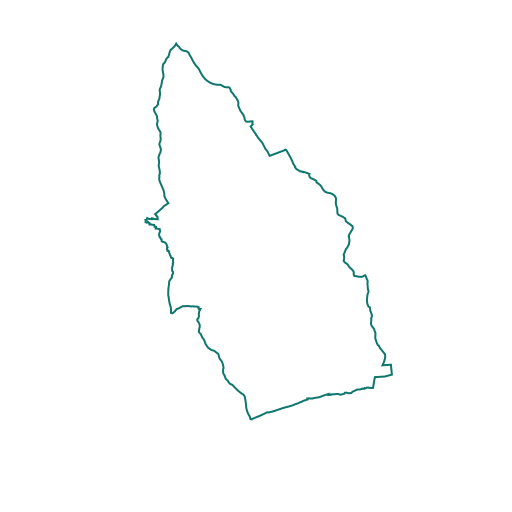 Plopana, Bacau, Romania (Albers equal-area conic projection), rotated 30°
{"feature_id": "2599482B77085245724303", "entity_name": "Plopana", "entity_type": "district", "adm_level": 2, "iso_a3": "ROU", "parent_name": "Romania", "parent_adm1": "Bacau", "projection": "albers", "projection_center": [27.232, 46.669], "detail": "fine", "context": "isolated", "style": "outline", "palette": "teal", "viewbox_px": 512, "rotation_deg": 30, "n_neighbors": 0, "source": "geoboundaries", "source_scale": "gbopen_adm2", "svg_char_len": 6119}
<svg xmlns="http://www.w3.org/2000/svg" viewBox="0 0 512 512"><g transform="rotate(30 256 256)"><path d="M394.8,260.2L391.2,258.7L390.1,257.9L389.1,256.6L387.9,253.8L386.9,252.4L386.7,250.8L385.9,249.2L384.0,247.5L382.5,246.4L381.0,244.4L380.1,243.5L378.7,243.5L376.4,241.8L374.4,239.3L372.6,235.5L371.8,233.4L371.3,230.7L371.0,230.2L370.1,229.4L368.7,227.7L367.3,225.5L366.4,224.5L365.8,222.8L364.6,221.2L363.5,220.6L361.7,219.0L360.2,218.1L359.7,218.5L358.8,220.4L357.9,221.2L355.1,222.7L352.4,223.5L351.3,224.2L349.7,223.0L348.8,221.1L348.0,220.5L345.9,219.7L342.8,219.1L339.2,217.4L336.4,217.2L334.9,216.7L334.2,216.2L333.9,214.8L333.4,213.7L332.0,211.7L331.2,211.0L331.2,210.2L330.4,205.0L330.8,203.4L330.6,199.3L329.7,197.3L329.7,196.8L329.2,195.9L326.9,192.8L326.3,192.5L326.3,191.7L326.0,190.8L326.1,184.1L325.8,183.4L325.3,182.6L324.7,182.0L324.4,181.8L323.6,181.9L322.6,181.6L318.5,181.3L316.3,180.9L314.8,179.1L314.2,178.8L311.3,178.7L306.8,179.1L305.6,178.7L304.7,177.6L303.2,175.2L302.2,173.8L301.2,173.1L299.1,170.9L298.3,169.6L296.9,166.8L296.3,165.9L294.4,164.7L293.0,164.3L290.5,164.2L289.2,164.4L285.7,165.6L283.6,165.8L281.0,165.0L277.7,163.1L276.1,162.5L273.8,162.1L271.6,162.0L270.6,160.7L267.4,160.8L264.6,161.2L263.6,161.0L263.1,160.8L262.0,159.8L261.3,158.8L261.2,158.2L256.2,159.1L254.5,159.6L254.6,159.9L252.3,160.3L252.1,160.6L247.6,160.5L245.5,159.7L245.3,159.1L242.2,157.5L239.0,155.0L234.2,152.0L229.4,149.2L228.8,149.1L228.3,149.1L227.8,149.8L227.8,150.2L217.8,162.4L217.3,162.2L216.1,161.3L213.7,159.7L210.5,158.5L205.2,155.0L198.5,152.5L196.8,151.5L195.2,151.0L194.9,150.5L193.1,149.8L186.6,146.5L187.3,143.8L187.0,143.7L185.9,141.4L185.6,141.1L181.2,144.2L180.0,144.4L178.9,144.0L178.1,143.5L176.6,141.7L175.6,141.1L174.5,140.1L170.3,138.3L166.9,135.9L165.2,134.4L164.3,132.3L162.9,130.8L159.0,128.5L157.2,128.2L155.4,127.1L152.0,125.9L151.5,125.6L151.0,124.7L149.2,123.6L148.8,123.4L147.8,123.6L146.1,124.7L144.1,125.4L140.9,125.4L139.3,125.6L138.0,126.5L134.8,127.9L132.5,128.5L129.4,128.9L125.5,128.6L123.3,128.1L120.1,126.9L117.1,125.3L112.8,122.5L110.6,121.6L109.0,121.3L107.5,120.6L103.1,118.2L101.1,116.8L97.4,114.7L96.0,113.7L94.4,113.4L93.4,113.5L90.7,114.4L89.2,114.6L87.5,114.5L86.2,114.1L84.4,113.2L83.1,113.2L80.7,112.0L80.7,114.5L80.5,115.5L79.7,118.4L79.1,119.9L79.0,120.8L79.4,123.0L80.1,125.3L80.5,127.6L80.0,128.6L79.9,129.8L79.8,130.8L80.2,133.3L80.2,134.5L79.8,135.6L79.7,136.5L81.0,139.7L81.9,141.4L84.9,144.9L86.4,147.3L87.0,151.3L88.0,153.6L89.0,156.8L89.2,159.2L89.6,160.5L91.7,163.2L92.6,165.3L93.0,166.7L93.7,168.0L93.7,168.8L94.1,171.5L95.3,173.7L95.1,176.2L93.9,178.8L94.4,180.3L95.5,181.4L100.4,184.5L101.7,186.4L103.1,187.9L103.7,189.2L104.2,191.1L105.2,192.5L107.6,194.5L111.0,196.3L111.7,196.9L112.9,199.4L115.0,202.4L115.6,203.8L116.2,207.0L116.5,207.7L120.3,211.1L121.4,213.9L121.6,216.8L122.2,219.2L122.5,219.9L123.9,221.4L125.7,224.0L126.0,225.3L126.6,226.5L129.9,230.2L131.5,232.6L132.0,234.8L132.9,235.9L133.4,237.3L133.7,237.8L135.4,239.6L143.2,245.4L145.4,247.8L146.7,249.9L149.2,251.8L153.7,254.1L151.4,258.7L150.8,261.4L147.8,270.1L148.5,270.1L148.9,270.8L149.8,270.9L150.5,271.3L151.0,271.2L152.5,273.3L148.9,275.1L147.6,275.1L147.0,275.4L147.5,276.1L144.7,277.5L142.8,277.5L143.1,279.5L142.3,280.1L143.0,280.7L143.3,281.8L144.4,281.9L145.3,281.2L145.3,280.4L147.4,280.9L147.3,281.4L148.1,282.0L149.8,280.9L150.3,280.9L152.3,280.0L153.5,281.4L154.8,280.7L155.4,282.4L156.8,281.7L159.2,280.9L159.4,281.5L160.3,282.0L160.7,282.8L160.9,284.8L161.5,286.3L162.5,287.1L163.1,287.4L163.3,288.0L164.3,288.1L165.3,288.9L165.9,288.8L166.6,290.0L167.2,290.4L168.1,290.4L168.9,290.0L171.0,289.8L172.6,290.6L175.0,292.7L174.8,292.9L175.1,293.4L174.9,293.7L175.3,294.4L176.0,295.0L176.1,295.3L176.8,295.8L177.2,295.2L178.5,295.5L178.6,296.0L179.1,296.6L180.0,297.1L181.0,298.2L182.0,298.7L183.1,299.8L183.6,300.0L184.7,299.5L185.6,299.7L186.4,301.5L187.7,303.2L187.6,304.1L188.2,304.7L188.4,305.5L188.7,306.1L189.3,308.3L190.8,310.8L192.0,311.2L192.9,312.5L192.8,314.1L193.1,314.7L193.1,315.4L193.9,316.5L193.9,317.3L193.6,318.2L193.5,321.1L193.8,322.0L194.9,324.1L196.1,327.3L197.8,330.7L199.8,334.2L201.2,335.5L201.5,336.2L205.0,340.4L208.2,343.4L210.9,347.8L212.1,347.5L212.6,346.7L213.5,344.2L213.5,343.0L213.8,342.4L213.8,341.7L215.7,339.5L216.0,338.6L217.6,336.1L219.2,335.3L219.5,334.9L220.5,334.5L221.1,333.9L223.2,332.8L225.6,331.9L226.0,331.4L230.8,329.1L232.0,329.0L232.4,330.3L233.0,330.4L234.3,329.7L234.3,330.5L234.5,331.0L234.3,331.2L234.5,332.4L235.5,334.8L236.8,336.9L237.2,338.7L236.9,339.6L236.8,340.3L237.2,340.9L238.0,341.6L239.6,342.2L241.7,343.8L242.9,345.9L243.0,346.8L244.4,350.2L245.2,350.7L247.4,351.3L250.4,353.6L252.0,354.1L253.7,355.2L256.5,357.5L260.0,359.2L261.1,359.5L264.3,359.7L267.3,359.0L271.4,359.6L272.0,359.5L272.6,359.9L274.9,362.3L275.9,363.1L279.0,364.4L280.7,365.6L283.4,368.5L283.8,369.2L284.2,370.6L285.7,373.3L286.7,374.2L288.6,375.3L291.1,377.4L294.1,378.2L295.1,378.9L296.8,379.5L298.0,379.7L299.5,379.4L300.6,379.6L303.8,380.6L308.2,381.7L312.2,382.3L313.9,382.3L315.5,382.7L316.7,383.6L319.2,386.5L321.6,389.6L323.3,392.1L325.5,394.5L328.7,397.0L330.7,398.0L332.7,400.0L334.1,399.6L334.2,398.9L338.9,392.9L342.2,388.3L343.5,386.1L345.5,384.9L348.6,381.9L355.1,374.5L357.4,372.1L359.6,370.0L362.7,366.7L363.7,365.2L366.3,362.3L367.0,361.0L368.2,359.8L369.3,357.9L372.5,354.4L372.4,354.1L371.8,353.7L373.1,352.7L374.2,352.4L375.0,351.8L375.9,351.4L378.3,349.1L380.4,347.5L381.8,346.2L384.6,342.7L387.8,339.2L388.2,340.2L390.1,338.9L389.9,338.5L393.2,336.4L396.0,334.4L398.4,334.0L401.3,331.2L401.3,330.0L402.7,329.1L405.0,328.5L406.8,327.2L407.1,326.8L407.5,325.2L409.6,322.3L410.0,321.4L412.6,319.7L413.6,318.8L414.0,318.0L415.2,317.2L415.4,317.4L416.0,316.9L416.1,316.0L417.1,315.8L418.0,314.4L419.2,313.7L420.1,313.6L423.3,311.7L420.4,304.0L419.6,301.4L427.8,296.0L433.0,290.8L427.2,282.7L420.2,287.4L419.9,284.5L419.1,280.6L418.2,278.5L416.9,276.6L409.2,273.6L407.1,272.2L405.8,272.1L404.1,270.9L400.4,267.6L397.9,262.9L396.9,262.2L394.8,260.2Z" fill="none" stroke="#0f766e" stroke-width="2"/></g></svg>